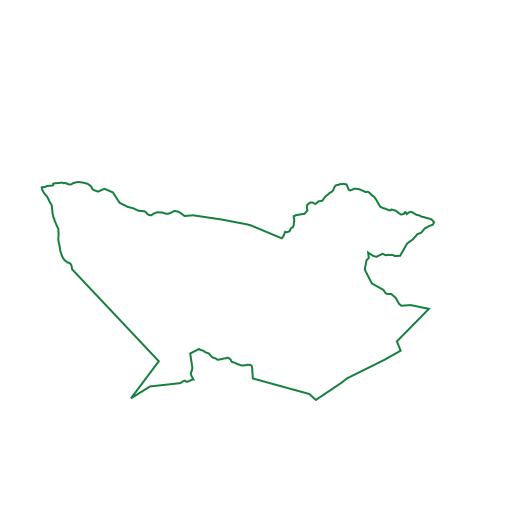 the district of Santiago Atitlán, Oaxaca, Mexico, rotated 154°
{"feature_id": "50627088B29735137627697", "entity_name": "Santiago Atitlán", "entity_type": "district", "adm_level": 2, "iso_a3": "MEX", "parent_name": "Mexico", "parent_adm1": "Oaxaca", "projection": "robinson", "projection_center": [-95.925, 17.09], "detail": "fine", "context": "isolated", "style": "outline", "palette": "green", "viewbox_px": 512, "rotation_deg": 154, "n_neighbors": 0, "source": "geoboundaries", "source_scale": "gbopen_adm2", "svg_char_len": 4180}
<svg xmlns="http://www.w3.org/2000/svg" viewBox="0 0 512 512"><g transform="rotate(154 256 256)"><path d="M172.7,276.8L174.0,277.1L175.9,277.7L177.5,277.2L179.5,276.7L180.5,277.5L181.8,279.4L183.8,280.3L187.2,279.6L188.4,278.6L189.0,277.4L189.5,275.8L189.7,274.5L190.8,274.0L194.1,272.6L195.1,273.1L196.6,273.5L197.5,273.9L199.1,274.2L200.1,274.6L202.8,275.3L203.6,275.0L204.7,275.3L205.3,273.9L205.4,272.8L206.2,270.7L207.3,269.5L208.4,267.4L210.3,265.7L212.1,265.7L212.7,265.5L215.0,263.5L216.8,263.7L218.2,264.0L219.1,265.0L220.9,263.4L222.8,261.7L224.4,261.0L225.1,260.6L247.3,285.9L249.4,287.6L249.7,288.0L271.1,304.0L288.9,316.2L294.8,320.2L302.7,323.3L305.1,328.0L306.6,330.0L308.7,331.7L310.3,332.3L313.2,332.1L315.6,332.3L317.6,333.0L319.5,334.4L321.1,336.1L323.2,337.2L324.6,338.1L325.9,338.7L327.3,338.8L328.0,338.9L329.1,339.0L330.4,338.8L331.5,338.6L332.8,338.6L333.7,339.5L334.5,340.2L335.3,341.3L335.5,342.8L335.9,343.9L336.6,345.0L341.9,348.3L345.4,352.7L349.8,356.4L355.3,363.7L356.7,375.8L362.8,382.9L369.7,383.1L370.9,384.3L372.1,385.5L372.8,386.4L373.4,387.2L373.8,388.5L373.7,389.5L373.5,390.5L375.6,394.6L379.3,397.8L382.0,399.6L384.5,400.9L388.4,401.6L389.7,401.5L391.0,401.4L391.8,401.8L393.3,402.7L393.7,403.7L394.4,404.0L395.4,405.3L396.9,405.6L398.0,406.9L401.3,408.1L402.4,408.5L403.8,409.1L405.4,409.7L406.5,409.9L407.0,408.8L407.7,408.5L408.9,408.8L410.0,409.3L412.2,410.2L413.4,410.5L415.4,410.6L417.2,411.3L418.5,411.6L419.2,408.5L418.9,405.5L418.4,403.5L417.7,400.7L417.7,397.9L417.7,394.9L417.4,392.4L417.5,390.8L418.4,388.3L419.2,385.9L420.3,383.4L420.6,381.6L421.1,379.8L421.1,377.8L421.5,376.0L421.6,373.5L421.7,371.6L421.8,369.8L421.8,366.9L423.0,364.3L423.6,362.6L424.6,360.8L426.2,358.1L426.8,356.5L427.3,354.8L428.1,351.2L429.2,347.8L429.9,345.1L430.1,342.9L430.3,340.4L430.3,338.6L429.9,336.1L429.0,334.5L428.1,332.6L427.0,331.9L426.1,330.1L426.1,328.0L427.1,324.6L419.4,299.9L389.5,204.0L423.1,186.8L430.8,182.9L408.4,185.2L380.0,175.0L378.4,175.0L377.6,175.2L376.2,175.4L374.4,175.0L373.9,173.9L373.1,173.2L372.0,172.9L369.8,172.9L367.2,172.9L366.4,172.4L366.5,176.6L366.4,178.4L365.3,180.0L364.0,181.1L362.8,182.5L362.0,184.0L357.9,197.2L348.0,197.4L347.0,195.8L345.3,194.4L344.5,193.3L343.9,192.0L343.2,191.2L342.1,190.0L341.2,189.2L340.7,187.6L340.4,186.2L339.9,184.8L339.2,183.5L338.5,182.7L337.8,182.2L337.0,181.4L336.4,180.1L335.7,179.4L333.5,178.8L332.5,178.5L329.5,177.9L328.8,177.6L327.5,177.1L326.6,177.3L325.3,176.5L325.1,175.8L324.6,174.9L324.2,173.9L324.3,172.1L324.0,171.3L323.3,170.5L322.6,170.1L321.7,169.2L321.4,168.8L320.6,167.6L320.0,166.9L319.2,166.1L318.7,165.7L317.8,164.7L316.1,163.4L314.9,163.1L313.8,162.5L312.4,162.3L310.5,161.5L309.0,160.7L308.2,159.7L308.2,158.2L309.0,155.7L310.0,153.8L310.5,152.3L311.0,151.0L311.4,150.0L312.5,147.3L268.6,108.6L265.3,100.4L234.8,104.6L227.8,106.1L185.8,106.4L167.5,107.5L166.8,117.5L123.8,132.7L138.4,144.0L147.3,147.7L148.4,150.4L148.8,157.2L151.1,162.5L154.6,164.3L155.8,165.7L156.4,169.8L163.9,180.5L164.2,194.8L163.9,196.7L158.5,203.7L155.5,204.8L153.7,209.9L150.7,204.8L148.2,202.5L141.2,202.5L139.2,199.9L136.6,199.0L132.7,197.0L131.2,195.1L126.4,193.0L114.6,201.0L107.7,202.2L103.1,204.1L101.5,204.9L97.3,204.5L92.3,206.8L86.9,207.0L83.3,206.6L81.2,208.2L82.2,212.0L83.2,212.8L84.2,214.0L85.4,214.9L87.0,216.3L88.3,217.6L89.9,218.6L91.1,220.6L93.0,222.1L93.7,222.7L96.7,227.1L97.4,227.8L99.1,228.2L102.1,227.6L102.1,228.8L102.3,229.8L103.4,230.0L104.2,229.1L105.4,229.1L107.4,229.7L108.2,230.9L109.2,232.7L110.6,235.5L113.8,238.4L114.8,238.0L116.2,238.6L117.6,240.1L119.1,242.0L120.4,243.0L120.9,243.3L121.9,244.9L122.8,246.0L122.9,247.7L123.0,250.0L123.3,253.8L123.9,257.6L124.6,258.7L125.4,260.2L126.1,262.3L126.7,263.9L127.6,264.9L129.7,265.5L130.7,267.2L132.0,268.4L133.2,270.0L134.7,271.3L137.6,273.2L139.8,273.5L140.6,273.4L141.9,273.7L142.8,273.7L143.6,274.7L143.6,276.4L143.3,278.6L143.3,280.8L144.4,281.3L145.4,282.4L147.0,282.8L148.7,283.8L150.4,283.7L153.0,284.5L154.8,283.8L156.0,283.0L157.7,281.3L159.4,280.6L162.2,280.4L163.6,279.9L165.7,279.4L167.5,279.1L169.6,278.0L172.1,276.6L172.7,276.8Z" fill="none" stroke="#15803d" stroke-width="2"/></g></svg>